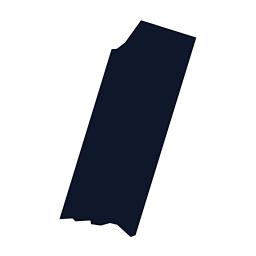 outline of Franklin, Texas, United States of America, rotated 197°
{"feature_id": "52423323B17137134235452", "entity_name": "Franklin", "entity_type": "district", "adm_level": 2, "iso_a3": "USA", "parent_name": "United States of America", "parent_adm1": "Texas", "projection": "albers", "projection_center": [-95.207, 33.176], "detail": "fine", "context": "isolated", "style": "filled", "palette": "ink", "viewbox_px": 256, "rotation_deg": 197, "n_neighbors": 0, "source": "geoboundaries", "source_scale": "gbopen_adm2", "svg_char_len": 371}
<svg xmlns="http://www.w3.org/2000/svg" viewBox="0 0 256 256"><g transform="rotate(197 128 128)"><path d="M166.1,21.9L154.5,26.2L151.0,24.2L136.5,29.6L134.8,26.1L125.7,27.5L117.7,32.6L110.0,33.1L93.7,25.4L91.0,27.5L90.2,28.0L89.9,233.7L122.3,233.9L146.5,234.1L155.1,208.5L161.4,199.8L166.0,198.0L166.1,21.9Z" fill="#0f172a" stroke="#020617" stroke-width="1.5"/></g></svg>